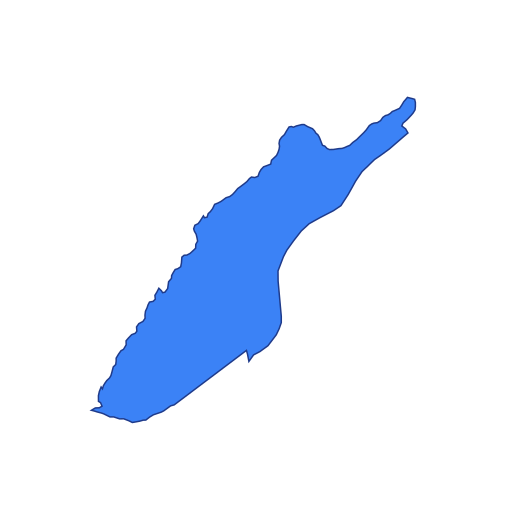 the district of Maracaçumé, Maranhão, Brazil, rotated 202°
{"feature_id": "56859067B12415775157700", "entity_name": "Maracaçumé", "entity_type": "district", "adm_level": 2, "iso_a3": "BRA", "parent_name": "Brazil", "parent_adm1": "Maranhão", "projection": "equal_earth", "projection_center": [-45.988, -2.007], "detail": "fine", "context": "isolated", "style": "filled", "palette": "blue", "viewbox_px": 512, "rotation_deg": 202, "n_neighbors": 0, "source": "geoboundaries", "source_scale": "gbopen_adm2", "svg_char_len": 2797}
<svg xmlns="http://www.w3.org/2000/svg" viewBox="0 0 512 512"><g transform="rotate(202 256 256)"><path d="M296.7,62.6L294.3,66.8L291.6,70.4L285.4,75.7L283.5,77.9L279.0,85.1L276.1,87.3L229.5,164.9L227.1,161.8L223.1,155.6L221.2,163.4L216.6,168.8L211.3,177.3L207.7,190.5L207.3,197.2L207.6,203.7L209.9,209.4L226.1,241.0L230.0,250.4L230.3,265.6L229.6,272.9L226.9,284.0L223.4,296.2L218.8,305.9L211.0,315.6L201.1,327.1L196.1,334.5L193.6,347.4L192.5,356.1L191.7,362.7L190.8,367.0L189.3,374.0L187.7,377.6L186.3,380.5L185.3,382.9L184.2,385.4L182.2,389.9L178.1,396.1L172.5,405.1L166.7,416.4L164.2,421.3L161.2,427.0L164.9,429.9L169.5,431.2L169.5,434.2L167.1,438.8L164.8,444.7L163.9,447.4L163.3,451.1L164.2,454.3L165.7,458.0L167.6,460.7L170.0,460.5L172.6,460.1L175.0,459.8L175.9,457.0L176.8,454.4L177.4,450.5L178.2,446.7L182.0,442.7L183.8,441.0L184.9,438.5L186.6,436.2L188.6,434.7L190.3,432.1L191.2,428.2L193.4,425.1L196.4,423.4L198.1,421.9L199.8,419.4L201.0,414.3L202.3,410.7L204.9,404.8L206.2,401.7L208.8,397.5L210.5,393.7L212.5,391.8L214.7,389.5L216.5,388.0L219.4,386.6L224.1,383.8L227.8,382.2L230.4,382.3L233.4,383.7L235.8,383.5L237.9,385.7L240.4,388.4L242.0,390.0L244.2,391.7L246.4,392.3L248.7,394.0L251.3,395.2L256.6,395.3L260.6,395.9L262.8,395.0L267.3,391.7L269.6,389.4L271.8,389.3L273.7,388.0L274.6,383.0L275.1,379.2L276.8,375.6L277.5,372.3L276.8,369.0L275.3,366.6L274.6,363.7L274.4,360.3L274.6,357.0L275.9,354.1L277.5,350.6L276.8,346.7L279.0,344.6L282.4,341.5L283.7,338.1L284.2,334.8L284.0,330.7L286.5,328.3L289.8,327.5L291.1,325.3L292.3,321.6L293.8,318.9L296.0,315.2L298.2,311.7L299.6,307.4L300.9,304.1L302.6,301.3L305.6,298.8L307.2,296.2L308.8,293.6L311.0,291.0L313.7,288.4L314.0,283.5L314.9,280.2L316.2,277.4L315.9,273.7L318.1,272.2L319.8,273.5L320.4,270.2L321.0,267.1L321.8,264.3L324.2,261.6L324.0,257.9L322.5,256.0L319.6,253.7L317.6,250.9L315.7,247.9L316.2,244.3L314.9,240.6L316.1,237.9L318.1,233.7L320.5,230.9L322.9,229.8L324.3,227.2L322.5,221.5L321.8,217.8L323.8,214.9L325.9,213.2L326.5,209.8L326.9,206.3L326.0,203.6L327.4,199.4L325.7,192.7L326.9,188.3L328.9,187.0L330.6,188.3L334.0,189.7L334.4,185.2L335.0,181.7L333.2,178.2L334.4,175.4L337.5,173.4L337.8,170.2L337.6,167.1L337.8,163.4L336.8,159.6L335.5,156.7L336.3,153.0L339.3,149.4L340.2,145.5L338.3,141.6L339.0,139.1L341.8,136.5L343.5,132.3L344.7,128.7L343.1,125.0L343.9,119.8L345.7,117.6L346.7,113.4L347.4,108.9L346.3,106.2L345.4,102.8L346.8,99.7L346.1,94.4L345.7,90.8L346.1,88.1L347.7,84.6L348.4,81.7L348.9,78.5L348.6,75.3L350.5,76.5L350.5,71.7L349.8,67.5L347.6,62.2L345.2,61.8L342.5,59.1L344.4,56.6L348.1,54.9L350.8,51.3L347.7,51.7L345.1,51.9L340.4,52.5L338.1,52.6L331.2,52.1L327.7,53.5L321.4,53.9L317.7,55.5L311.9,55.6L308.3,55.3L305.1,57.3L302.1,59.2L299.0,61.6L296.7,62.6Z" fill="#3b82f6" stroke="#1e3a8a" stroke-width="1.5"/></g></svg>